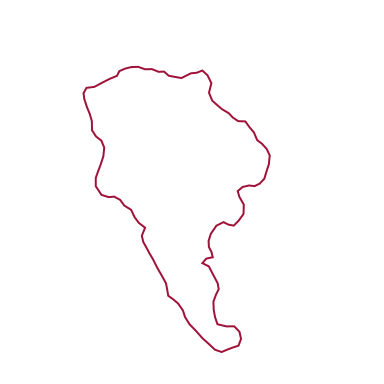 the district of Oratórios, Minas Gerais, Brazil, rotated 320°
{"feature_id": "56859067B13192127108265", "entity_name": "Oratórios", "entity_type": "district", "adm_level": 2, "iso_a3": "BRA", "parent_name": "Brazil", "parent_adm1": "Minas Gerais", "projection": "mercator", "projection_center": [-42.797, -20.437], "detail": "fine", "context": "isolated", "style": "outline", "palette": "rose", "viewbox_px": 384, "rotation_deg": 320, "n_neighbors": 0, "source": "geoboundaries", "source_scale": "gbopen_adm2", "svg_char_len": 1570}
<svg xmlns="http://www.w3.org/2000/svg" viewBox="0 0 384 384"><g transform="rotate(320 192 192)"><path d="M256.0,228.3L262.0,224.3L268.8,220.1L275.1,213.9L276.9,206.9L276.6,200.1L275.3,194.1L277.7,186.2L277.7,179.5L278.2,172.2L272.9,167.4L271.1,161.0L270.8,155.2L268.3,148.2L267.1,141.2L266.2,135.2L268.8,126.9L276.8,121.1L278.9,112.6L278.0,105.6L272.3,103.7L267.5,100.4L257.1,97.9L253.2,93.2L248.9,88.0L248.0,81.8L243.7,78.5L240.3,72.1L234.9,67.8L231.2,61.5L225.8,57.3L220.1,54.5L214.1,52.7L209.2,54.8L201.6,52.4L194.7,50.8L184.8,48.7L178.1,44.4L172.4,46.6L169.3,51.5L166.1,59.4L163.9,66.4L160.8,73.4L155.1,80.4L154.2,87.9L155.6,94.4L153.3,101.6L147.0,107.7L139.1,112.6L133.7,115.6L127.4,119.3L122.0,125.7L120.8,136.0L124.9,142.4L129.4,145.5L131.9,151.8L131.4,158.9L133.9,166.5L131.9,174.1L131.4,181.3L133.1,189.2L125.4,193.3L122.5,199.1L121.4,205.1L120.0,211.5L118.9,218.4L116.8,227.1L114.8,238.2L113.4,245.2L110.5,250.4L107.1,256.2L108.5,261.7L109.7,268.3L108.9,277.0L106.3,283.3L105.1,291.6L105.8,301.6L106.0,310.7L107.2,319.2L108.2,327.5L111.8,333.6L117.7,335.4L123.1,337.3L128.8,339.6L135.1,336.1L138.5,329.6L138.0,322.0L132.0,317.1L126.5,309.7L129.3,302.5L133.1,295.9L138.0,289.7L144.5,286.0L150.0,283.6L153.0,278.4L154.2,273.0L155.6,266.3L157.1,259.8L154.2,253.2L160.1,252.2L165.9,255.3L168.4,250.4L169.6,245.0L173.3,240.1L179.6,236.1L189.0,233.5L196.7,235.3L199.0,240.5L202.4,244.6L209.2,244.0L217.4,241.9L223.6,234.9L225.2,226.1L227.6,220.7L234.0,220.7L239.8,223.6L243.7,227.7L249.2,229.1L256.0,228.3Z" fill="none" stroke="#9f1239" stroke-width="2"/></g></svg>